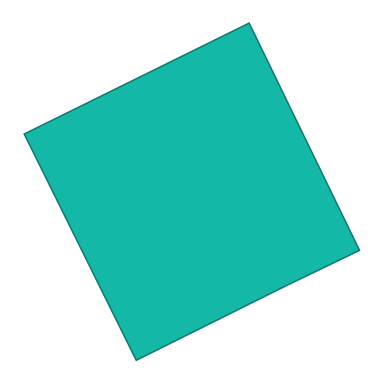 Oscoda, Michigan, United States of America, rotated 154°
{"feature_id": "52423323B95386849250794", "entity_name": "Oscoda", "entity_type": "district", "adm_level": 2, "iso_a3": "USA", "parent_name": "United States of America", "parent_adm1": "Michigan", "projection": "orthographic", "projection_center": [-84.072, 44.682], "detail": "fine", "context": "isolated", "style": "filled", "palette": "teal", "viewbox_px": 384, "rotation_deg": 154, "n_neighbors": 0, "source": "geoboundaries", "source_scale": "gbopen_adm2", "svg_char_len": 249}
<svg xmlns="http://www.w3.org/2000/svg" viewBox="0 0 384 384"><g transform="rotate(154 192 192)"><path d="M317.4,317.7L315.9,65.3L315.9,65.2L148.7,66.5L67.0,66.1L66.6,318.8L317.4,317.7Z" fill="#14b8a6" stroke="#0f766e" stroke-width="1.5"/></g></svg>